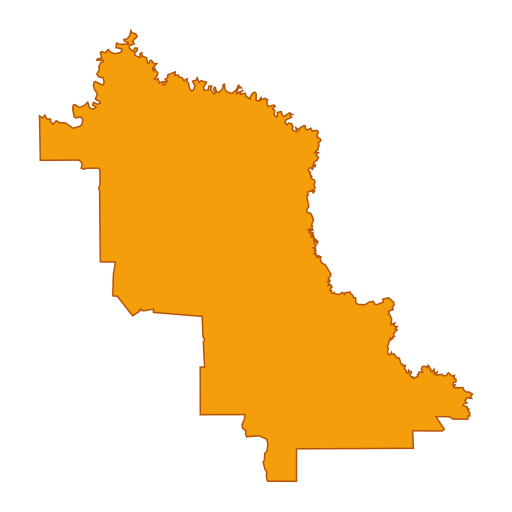 Swan Hill, Victoria, Australia
{"feature_id": "25037944B58383707208646", "entity_name": "Swan Hill", "entity_type": "district", "adm_level": 2, "iso_a3": "AUS", "parent_name": "Australia", "parent_adm1": "Victoria", "projection": "orthographic", "projection_center": [143.117, -35.101], "detail": "fine", "context": "isolated", "style": "filled", "palette": "amber", "viewbox_px": 512, "rotation_deg": 0, "n_neighbors": 0, "source": "geoboundaries", "source_scale": "gbopen_adm2", "svg_char_len": 5931}
<svg xmlns="http://www.w3.org/2000/svg" viewBox="0 0 512 512"><path d="M39.5,115.9L40.3,160.3L79.2,160.1L82.2,163.6L81.2,168.2L84.5,169.3L85.3,168.3L97.9,168.1L99.9,169.3L100.0,184.5L98.7,188.7L99.6,190.6L100.3,261.9L115.5,262.0L113.4,274.0L112.8,295.8L117.4,296.3L132.6,315.8L139.5,311.4L139.5,309.7L140.6,309.0L141.7,310.6L144.6,310.7L153.4,309.1L153.4,312.4L202.2,316.4L203.0,337.2L204.3,338.1L204.5,340.1L203.3,341.9L204.6,367.0L200.2,367.1L200.3,414.7L244.7,414.6L244.5,418.9L242.1,424.3L242.5,428.1L246.1,431.2L245.5,434.4L246.6,436.7L259.2,435.8L266.8,439.3L267.9,444.5L266.9,451.2L264.8,453.3L264.4,460.2L263.1,462.0L264.8,469.0L266.8,472.0L266.3,475.6L267.4,481.2L296.5,481.3L296.5,448.8L413.4,448.3L412.6,430.8L442.3,431.0L444.3,429.2L435.9,416.6L449.4,416.7L453.0,419.1L467.9,419.2L467.9,415.9L469.9,415.9L469.6,412.4L468.5,411.8L468.8,409.0L467.6,409.4L467.2,407.0L463.1,405.5L464.2,403.5L467.0,402.8L464.9,400.8L467.0,397.8L471.6,398.4L470.3,396.5L472.5,394.1L469.1,392.0L466.3,392.0L464.1,390.4L463.0,387.6L453.9,387.7L455.0,384.8L453.1,385.5L452.7,384.4L453.5,382.5L456.0,381.6L455.9,379.0L454.0,378.5L454.5,375.3L452.1,376.1L448.3,372.7L446.3,375.7L443.8,375.9L442.1,374.3L436.2,375.2L437.1,372.0L434.3,373.9L434.0,369.2L432.2,371.6L430.9,371.7L430.9,369.2L429.7,369.0L429.5,366.5L428.0,365.3L427.5,367.7L425.4,366.3L422.5,366.5L421.3,369.1L422.6,372.4L419.0,372.0L418.5,374.4L417.4,374.7L417.9,376.1L413.4,378.5L412.6,376.6L410.8,376.6L409.8,375.0L411.5,372.6L411.0,371.4L410.0,371.9L408.8,370.3L408.2,373.2L406.5,372.7L406.4,370.8L404.5,368.7L405.4,365.4L403.3,365.9L402.9,364.5L401.1,364.0L399.2,358.1L396.9,357.8L394.0,353.9L391.6,353.8L391.4,352.5L390.1,354.8L388.6,354.5L387.5,352.2L388.3,348.5L387.4,347.3L389.4,340.8L391.1,339.8L389.9,338.3L392.9,338.6L392.6,336.7L394.4,336.5L393.5,335.6L394.3,332.4L397.2,329.9L395.1,328.8L397.2,326.7L394.4,326.3L393.9,324.8L394.8,323.1L390.9,324.3L391.7,319.7L390.3,315.5L388.3,314.4L389.3,313.0L388.5,311.3L393.1,309.6L392.4,307.4L394.1,304.8L393.8,302.5L390.7,299.5L388.3,297.7L382.8,299.1L383.2,302.2L376.8,304.7L374.7,304.0L373.3,301.3L368.8,302.2L365.2,304.7L357.7,304.4L355.9,302.5L355.5,297.6L353.6,297.9L352.6,295.0L350.7,294.0L350.4,292.1L345.2,292.7L344.5,294.5L342.4,292.2L339.5,294.4L335.4,293.9L334.1,292.3L332.5,293.6L331.0,291.9L331.7,290.6L329.9,290.5L329.7,289.3L332.0,287.2L330.7,284.7L328.0,285.6L329.8,281.1L328.2,281.3L329.7,280.1L328.1,278.7L330.5,276.2L330.9,274.1L325.4,265.0L321.4,262.6L320.0,257.8L321.0,257.0L318.4,255.6L318.3,257.0L317.0,256.0L316.8,258.0L315.6,254.3L314.4,254.0L316.1,253.2L314.4,251.1L315.8,250.5L314.7,249.7L315.4,248.6L313.3,247.8L315.1,247.3L316.0,245.2L313.8,242.8L314.8,241.3L317.4,243.5L317.8,241.4L314.8,238.9L314.7,240.4L313.4,240.0L314.1,237.5L313.3,234.9L312.3,235.1L312.2,237.2L311.0,237.0L313.0,232.7L310.4,233.7L310.7,231.9L309.0,232.1L310.1,230.5L308.2,230.0L310.1,228.8L311.0,230.3L312.8,230.3L311.8,226.4L312.5,225.8L311.5,224.8L313.6,219.5L310.8,213.3L307.1,212.2L306.9,209.4L308.8,206.5L306.7,196.1L308.4,195.1L307.5,194.0L308.2,191.7L311.5,191.2L311.9,190.2L313.1,192.8L313.8,192.4L314.7,190.9L313.4,190.8L313.4,189.5L315.2,187.8L313.9,185.2L315.0,182.2L314.4,180.0L312.0,178.9L310.9,177.1L311.8,176.4L309.6,173.6L310.5,172.6L308.1,169.8L310.2,167.4L312.3,168.8L311.8,169.9L312.9,168.9L313.1,166.1L315.0,166.8L315.3,164.7L313.4,164.4L313.8,162.3L317.2,160.1L318.5,157.4L316.1,155.5L317.3,153.2L319.3,152.5L314.7,152.6L318.2,149.4L317.9,147.7L319.1,145.9L318.2,143.2L320.9,140.6L320.1,138.7L316.9,136.7L318.3,131.9L317.0,130.4L312.1,131.0L310.8,128.2L307.1,130.0L305.5,128.7L305.3,125.9L304.0,125.6L300.0,127.8L299.1,130.0L295.8,127.7L296.7,131.7L293.3,130.6L292.2,129.3L293.1,126.5L291.6,125.4L292.0,124.1L288.6,123.0L286.9,125.0L285.1,122.6L285.8,120.1L291.6,117.2L290.3,115.8L290.6,114.6L292.4,114.5L289.5,112.8L284.0,116.6L282.4,115.3L281.2,111.5L277.3,112.5L277.3,116.5L275.8,116.9L274.0,114.4L274.8,110.5L272.3,108.7L275.2,106.2L274.0,105.0L268.0,106.6L266.6,101.5L267.7,100.0L264.9,98.2L260.7,100.1L261.3,96.9L258.7,101.0L256.1,100.4L256.2,93.8L254.9,92.2L253.1,92.7L250.3,96.6L250.1,99.0L245.9,96.2L245.4,93.2L240.3,94.2L240.3,92.3L243.5,90.1L236.6,93.6L238.1,87.8L241.3,87.9L238.4,85.2L236.3,89.9L231.8,93.5L226.3,91.4L224.8,88.7L224.5,84.2L223.2,84.7L222.5,88.7L219.1,92.5L216.5,91.8L215.3,87.6L214.3,87.3L213.4,89.6L215.6,92.7L214.0,94.1L210.6,89.7L211.7,86.1L208.9,86.1L208.1,90.1L204.2,90.4L203.5,87.3L206.6,82.3L201.2,80.7L199.0,82.4L197.2,77.8L196.1,80.2L192.5,81.2L194.9,86.0L193.2,90.3L191.7,91.1L190.0,89.7L188.4,83.2L186.8,81.3L187.2,78.8L183.7,80.7L182.0,77.6L179.1,77.1L178.2,75.0L174.8,75.4L175.3,71.9L167.8,74.8L167.5,77.9L165.1,79.1L167.4,81.5L164.5,81.6L165.3,84.5L163.0,84.9L162.8,81.7L159.3,82.9L158.0,78.5L155.4,79.7L154.2,78.9L157.2,75.7L157.9,72.9L155.4,70.3L155.1,68.3L154.0,68.6L153.5,70.7L152.4,68.2L156.7,63.6L154.2,63.8L151.4,60.3L149.8,60.6L148.9,63.2L147.5,62.9L146.6,57.8L142.1,56.0L141.8,52.7L140.0,53.7L139.9,57.6L134.9,55.4L134.9,52.9L137.1,50.5L137.4,48.2L134.8,48.0L133.1,51.5L129.4,48.2L129.5,45.6L134.3,43.9L132.6,41.1L137.2,36.6L135.6,33.8L131.8,32.7L130.9,30.7L129.6,35.9L126.9,39.1L123.8,39.5L124.4,41.1L128.3,42.8L128.4,44.0L119.9,44.3L116.5,43.1L116.0,47.6L121.6,48.7L121.6,51.2L120.2,52.6L114.8,53.7L110.6,52.2L108.2,49.5L105.3,52.8L101.8,51.6L100.3,52.4L101.7,58.1L97.2,59.0L96.9,60.1L102.9,60.3L103.3,61.8L100.7,62.6L98.7,67.2L99.5,69.3L96.8,74.0L98.9,77.0L103.3,77.9L104.1,83.4L102.5,85.0L95.2,81.5L94.0,82.3L93.4,85.5L94.6,89.6L97.5,93.9L95.3,99.0L99.8,101.7L100.4,103.2L97.5,104.2L93.4,102.4L92.7,105.1L96.1,107.1L93.5,109.3L89.7,107.9L87.7,102.2L84.6,105.3L79.6,107.6L75.0,104.6L73.3,105.1L72.6,108.4L74.1,116.6L76.0,118.1L80.4,116.8L82.7,119.1L82.1,124.0L80.2,126.2L72.9,128.2L65.5,122.9L59.4,122.6L56.3,120.7L52.8,124.2L50.6,121.5L50.6,119.0L46.8,119.1L45.0,115.2L42.6,117.9L39.5,115.9Z" fill="#f59e0b" stroke="#b45309" stroke-width="1.5"/></svg>